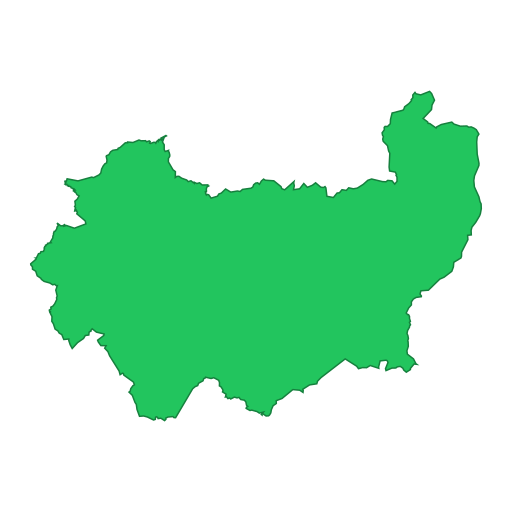 Lifford-Stranorlar Lea-6, Donegal, Ireland (Mercator projection)
{"feature_id": "5873133B69749427395931", "entity_name": "Lifford-Stranorlar Lea-6", "entity_type": "district", "adm_level": 2, "iso_a3": "IRL", "parent_name": "Ireland", "parent_adm1": "Donegal", "projection": "mercator", "projection_center": [-7.813, 54.836], "detail": "fine", "context": "isolated", "style": "filled", "palette": "green", "viewbox_px": 512, "rotation_deg": 0, "n_neighbors": 0, "source": "geoboundaries", "source_scale": "gbopen_adm2", "svg_char_len": 5998}
<svg xmlns="http://www.w3.org/2000/svg" viewBox="0 0 512 512"><path d="M392.1,113.0L390.5,119.5L390.3,123.7L387.5,126.5L385.1,126.4L384.2,127.4L384.3,129.8L382.1,132.8L382.5,135.2L383.4,136.6L382.7,139.1L383.2,141.3L387.5,145.7L388.6,150.9L389.8,153.3L389.1,167.1L389.6,171.0L395.3,172.1L396.5,174.5L396.0,175.2L397.0,177.2L397.0,181.4L394.7,184.1L392.0,180.8L387.7,180.4L386.0,181.8L382.4,181.6L371.6,179.0L367.8,180.3L363.2,184.4L357.3,188.1L353.3,188.8L348.7,187.8L346.3,190.4L342.0,189.7L339.4,192.8L337.1,193.0L333.4,197.5L326.9,196.3L325.9,187.9L325.0,186.6L323.5,187.5L320.8,187.2L315.6,182.8L312.3,185.3L307.4,187.3L303.8,183.5L299.6,188.8L293.5,189.7L294.3,185.8L293.7,182.9L294.0,181.5L284.7,189.8L281.8,188.7L281.0,186.6L273.8,180.8L265.3,180.2L263.6,179.1L261.4,181.0L259.4,184.3L257.7,182.8L255.6,183.1L253.6,184.8L252.9,186.9L251.1,188.2L242.5,189.4L240.1,191.5L237.4,191.0L230.8,192.1L225.6,189.0L221.3,193.1L218.8,194.0L217.5,196.2L211.1,198.1L208.7,194.8L206.7,194.3L206.3,194.9L205.6,193.6L205.5,192.3L206.0,192.0L205.6,191.6L206.5,191.2L206.3,189.0L206.9,187.0L208.6,186.0L207.8,185.6L207.8,184.9L202.2,185.0L199.6,182.8L196.9,183.5L194.6,182.5L194.4,183.1L193.9,182.2L193.3,182.7L191.0,180.8L188.2,181.6L186.7,180.0L181.7,178.2L178.9,176.3L176.8,176.4L175.3,177.5L175.4,171.6L173.0,169.8L168.4,161.9L168.4,158.5L169.7,156.4L169.8,155.0L169.1,152.2L168.3,151.2L168.5,150.4L165.2,151.5L164.2,149.7L164.2,144.8L162.5,142.0L164.3,137.0L166.4,135.9L165.9,135.5L161.2,138.0L162.2,138.9L161.5,140.0L160.9,139.1L158.9,139.5L159.4,140.3L158.6,140.4L158.2,141.4L157.7,140.6L156.7,141.4L155.8,143.2L155.2,142.4L153.7,142.3L150.4,143.5L149.6,143.2L150.2,141.6L149.3,140.9L146.5,141.8L145.6,140.7L141.1,140.8L139.0,140.0L133.0,142.5L127.6,142.0L127.6,142.8L125.3,142.8L120.2,147.4L118.1,148.3L117.7,149.5L112.8,150.3L110.6,151.8L108.9,154.7L106.5,155.7L106.2,156.3L107.0,160.1L106.6,162.9L104.9,163.8L103.3,165.8L101.6,169.1L100.8,173.0L99.0,174.9L93.6,177.6L91.7,177.1L78.0,180.9L67.1,178.8L66.5,181.0L65.0,181.1L64.9,181.9L66.5,182.6L65.5,182.5L65.5,183.7L64.9,184.1L65.8,184.8L66.9,184.4L67.4,185.7L68.6,185.5L68.6,186.3L70.7,186.6L71.1,187.8L73.9,188.8L74.8,189.7L73.4,189.6L73.5,191.0L74.8,190.7L74.7,192.0L75.5,192.1L77.0,194.7L79.1,195.9L77.2,199.2L74.9,201.2L75.4,205.2L74.6,206.6L75.5,207.5L75.3,208.7L75.9,209.6L75.0,209.3L74.7,211.0L76.1,210.7L77.4,212.2L76.8,213.8L85.2,220.9L85.9,223.9L74.4,228.2L66.4,225.5L64.3,226.1L64.9,225.0L64.6,224.6L62.6,225.8L60.7,225.8L57.6,223.4L57.3,223.7L58.4,225.4L57.2,226.7L56.6,229.1L55.2,231.2L54.2,231.4L53.5,233.4L53.5,234.9L52.9,236.0L52.8,237.9L50.3,242.1L51.0,242.7L47.7,243.3L47.8,243.9L45.6,245.2L45.8,245.8L44.8,246.5L44.1,248.1L44.5,248.7L43.5,251.4L40.9,251.7L40.2,253.3L38.5,253.7L36.4,257.9L35.8,258.0L36.2,258.2L36.0,259.2L30.7,263.8L30.8,264.9L32.4,266.7L32.5,269.2L35.7,271.2L37.2,275.8L41.0,278.4L41.3,279.3L44.1,281.4L49.8,283.0L52.7,284.8L54.8,284.3L56.5,285.9L57.3,285.7L55.8,290.1L57.2,296.1L56.5,297.7L56.8,299.4L54.7,303.8L52.9,306.1L50.8,307.2L51.1,308.9L49.3,310.1L49.7,312.0L50.4,311.8L50.3,313.3L52.0,316.6L51.8,321.3L53.4,323.8L55.1,329.1L57.9,330.9L59.2,333.1L61.8,334.6L63.8,339.5L68.8,339.0L68.8,340.6L70.2,344.8L72.2,348.5L77.6,342.6L83.5,338.5L85.3,335.5L88.8,335.0L89.1,332.1L91.0,331.0L90.7,330.6L92.2,328.8L96.4,332.1L104.1,334.0L103.8,335.5L97.6,340.2L98.3,342.0L100.9,345.6L106.1,345.7L104.7,348.2L107.9,351.6L109.6,355.8L119.1,371.0L120.1,374.7L122.4,373.2L123.4,373.5L123.8,375.1L133.4,382.0L134.4,384.8L132.9,385.7L130.8,388.6L130.1,391.3L129.0,392.1L132.3,395.3L135.0,402.4L136.3,404.4L137.0,409.4L139.5,416.3L143.6,416.0L147.4,417.0L153.6,420.0L155.3,419.4L155.5,417.3L156.4,416.8L157.6,417.4L158.1,418.6L160.8,418.2L164.6,420.6L165.9,419.3L165.8,418.1L168.0,417.0L173.0,416.6L173.9,417.6L175.6,417.7L192.7,388.7L195.2,386.6L197.7,385.6L198.5,383.3L203.0,380.8L203.7,378.6L205.0,378.2L205.5,377.2L211.1,378.5L213.8,377.7L218.7,380.3L219.5,382.7L219.4,385.9L220.9,386.7L222.6,389.3L223.0,390.8L222.5,391.9L226.1,394.2L225.4,397.0L226.4,396.7L227.9,398.6L229.6,398.0L230.7,399.0L234.4,397.1L237.0,397.9L239.0,397.4L240.7,399.5L244.4,400.2L245.9,402.0L246.5,405.2L247.8,406.4L246.5,407.2L246.1,408.3L246.5,408.6L250.0,410.5L251.7,410.1L257.1,411.6L259.3,413.1L263.4,412.1L261.3,414.5L262.0,415.0L261.9,414.0L262.7,413.6L266.1,416.0L268.6,415.8L269.6,414.9L270.8,412.9L271.4,409.6L273.1,405.7L276.3,403.5L276.2,400.7L282.0,398.5L292.8,389.6L299.7,390.2L303.0,392.4L303.2,390.3L302.7,389.3L309.6,384.9L316.8,383.8L317.5,381.2L321.0,377.6L345.2,358.9L356.7,366.2L358.5,368.7L362.5,367.6L366.6,367.7L370.2,365.5L378.8,368.3L378.6,366.9L380.1,360.9L386.1,360.2L387.1,360.6L388.0,362.4L385.5,368.7L386.0,370.6L391.9,368.1L395.8,368.0L397.4,366.8L400.3,366.4L402.9,368.2L403.7,370.0L406.3,372.2L410.4,369.6L410.4,368.4L414.1,364.0L416.7,364.3L415.9,363.7L413.5,358.9L407.4,354.2L406.9,350.8L408.3,346.3L408.1,341.7L407.7,341.0L408.4,338.5L407.9,335.6L407.0,333.5L407.6,330.5L409.5,327.1L409.6,325.8L410.5,324.8L409.4,322.3L410.4,321.4L409.5,318.5L409.5,316.4L408.5,314.6L407.6,314.6L406.2,313.0L408.7,307.9L411.4,304.9L411.4,301.8L413.4,299.0L416.2,297.4L421.3,296.7L421.4,296.0L420.0,294.0L420.9,290.8L428.4,290.2L439.8,279.1L444.1,277.2L451.8,271.3L453.4,266.9L453.8,262.3L460.9,258.0L461.5,256.3L461.6,252.1L467.9,239.7L467.6,235.3L471.3,234.9L471.1,230.5L471.9,227.2L475.7,222.4L479.6,215.8L480.4,213.6L481.3,208.6L481.1,203.9L480.0,201.6L478.9,196.8L474.4,186.9L473.8,180.5L474.5,175.8L478.9,165.5L479.0,163.4L477.2,154.1L476.7,141.9L477.2,136.8L478.9,134.1L476.3,129.7L474.1,128.2L471.2,126.9L468.7,127.2L466.9,126.0L460.4,126.2L454.0,124.1L451.8,122.1L441.3,124.5L436.7,126.9L436.1,128.0L429.7,123.5L428.1,123.4L427.7,122.0L423.1,118.5L431.5,109.6L432.0,105.1L434.5,100.2L431.6,93.5L429.6,91.4L420.7,94.9L416.0,93.8L415.0,92.4L412.8,95.0L412.9,97.6L411.2,99.7L411.5,100.4L411.2,101.0L408.9,103.6L404.6,106.8L404.0,108.8L403.0,110.2L392.1,113.0Z" fill="#22c55e" stroke="#15803d" stroke-width="1.5"/></svg>